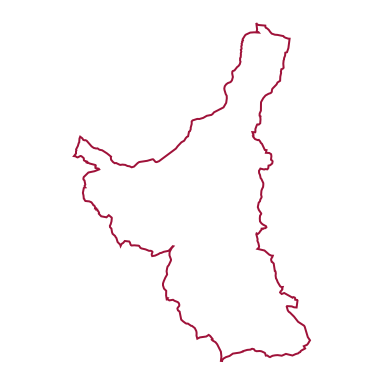 Valisoara, Hunedoara, Romania
{"feature_id": "2599482B24491913052778", "entity_name": "Valisoara", "entity_type": "district", "adm_level": 2, "iso_a3": "ROU", "parent_name": "Romania", "parent_adm1": "Hunedoara", "projection": "mercator", "projection_center": [22.814, 46.034], "detail": "fine", "context": "isolated", "style": "outline", "palette": "rose", "viewbox_px": 384, "rotation_deg": 0, "n_neighbors": 0, "source": "geoboundaries", "source_scale": "gbopen_adm2", "svg_char_len": 5963}
<svg xmlns="http://www.w3.org/2000/svg" viewBox="0 0 384 384"><path d="M166.9,300.4L167.0,298.0L167.5,298.1L167.3,298.3L167.9,299.4L169.3,300.4L173.0,299.8L174.5,300.8L177.8,302.1L178.9,303.3L179.3,304.8L179.2,305.9L177.7,307.8L177.4,308.7L178.0,310.4L179.6,311.6L181.2,319.6L182.9,321.2L185.7,323.3L186.6,323.6L187.9,323.6L191.1,325.8L192.0,325.9L194.8,328.1L196.3,331.1L196.6,332.9L196.5,335.7L197.3,338.7L199.9,337.4L206.3,336.5L208.7,334.9L210.2,336.0L212.6,339.0L211.8,339.7L212.6,340.5L215.5,342.2L217.2,344.3L220.9,351.7L221.4,356.6L220.9,360.9L222.1,361.0L222.2,360.1L223.6,358.5L226.0,357.1L229.5,356.0L232.9,353.6L239.7,352.6L242.5,351.7L242.4,351.5L242.9,351.2L247.2,349.9L250.7,349.6L251.4,349.0L252.2,348.8L253.9,349.2L254.9,350.6L256.6,351.2L259.8,351.0L261.5,351.3L264.7,352.8L265.1,353.3L265.8,355.6L267.4,355.5L268.6,356.5L270.0,357.1L272.5,355.8L275.1,355.3L277.6,355.1L281.8,355.7L285.9,353.9L292.5,355.5L295.6,354.1L298.3,353.3L299.2,352.4L300.2,352.1L300.6,351.2L301.6,350.4L305.1,348.5L303.8,346.2L307.0,344.8L307.9,343.8L310.0,340.3L307.8,337.1L304.7,326.7L304.1,325.7L298.1,321.8L294.1,316.7L289.9,312.5L288.8,311.8L287.8,310.4L286.7,306.6L287.1,306.1L291.8,306.4L294.0,307.3L296.6,307.5L297.5,300.5L297.2,300.0L295.2,299.7L295.1,298.1L294.6,297.5L293.2,297.1L292.6,297.7L284.2,293.0L281.7,294.0L280.1,292.5L280.5,291.5L281.7,290.3L282.4,289.1L282.1,288.8L282.7,287.0L281.5,287.1L280.2,286.3L277.7,282.1L276.7,279.5L276.0,278.4L275.6,275.6L275.8,273.6L275.6,271.9L275.2,270.9L274.8,270.9L273.7,263.5L272.0,261.8L271.7,261.8L271.1,259.9L271.3,258.6L272.3,257.1L272.8,255.7L271.4,255.6L269.3,254.7L264.5,250.5L257.5,248.9L258.8,247.6L259.1,246.4L258.4,243.2L257.4,240.8L257.6,239.1L256.3,234.2L256.6,233.4L257.8,234.0L259.3,232.7L260.2,231.2L261.3,230.1L261.6,228.7L262.8,228.9L262.9,228.5L265.5,228.1L266.4,227.2L266.0,226.2L262.9,224.5L261.4,223.3L260.0,221.4L259.8,218.4L260.0,216.1L260.1,215.6L261.2,213.9L261.2,213.4L258.8,209.9L257.8,207.1L258.7,202.7L260.0,201.2L260.3,199.6L261.5,197.5L261.6,196.7L261.1,194.8L261.4,190.9L261.8,189.6L263.1,186.9L263.3,184.8L263.3,183.1L261.5,179.2L260.6,178.0L260.0,175.0L259.1,173.0L259.0,170.8L260.4,168.6L264.1,169.5L265.2,169.1L267.4,169.3L268.3,168.0L268.5,165.6L270.2,165.2L272.2,163.5L272.6,161.5L272.3,160.7L271.0,159.7L271.4,156.2L271.1,154.2L269.3,153.0L265.9,152.8L266.5,150.1L264.8,149.9L262.0,143.9L260.7,142.7L260.2,141.5L258.8,139.9L257.7,140.1L255.1,139.1L253.4,137.1L253.0,136.1L253.5,136.0L253.4,134.3L253.1,134.2L252.4,132.1L255.2,132.3L255.4,131.9L255.4,129.0L256.8,125.2L257.3,124.4L258.7,124.6L260.2,123.3L260.5,119.4L260.3,117.0L260.4,116.8L260.2,116.7L260.3,116.1L259.6,115.7L259.6,114.8L259.7,113.4L260.9,110.7L261.0,102.6L261.2,101.8L263.3,98.1L265.5,95.5L268.5,93.8L270.6,93.1L271.5,92.3L271.8,91.7L271.9,90.2L272.4,88.7L276.5,84.5L277.5,82.5L280.1,80.8L280.3,76.6L281.1,72.9L280.9,71.3L281.2,70.6L281.2,70.0L281.3,69.3L282.8,68.7L283.6,67.8L283.3,63.7L283.6,60.5L284.0,59.5L284.1,58.1L285.1,55.6L285.3,52.7L287.0,52.2L288.4,48.1L289.6,38.7L288.1,38.6L285.4,37.7L284.1,37.0L283.4,36.1L277.5,34.9L274.9,34.7L271.7,33.6L270.1,31.8L268.8,29.9L267.1,28.4L265.9,27.8L265.5,27.3L265.3,25.6L258.5,25.0L257.1,24.3L256.3,23.0L257.1,29.5L256.7,31.2L257.4,31.9L258.4,32.1L258.8,32.6L254.4,32.3L250.2,32.6L245.9,34.6L245.1,35.3L242.6,39.3L243.0,40.4L242.1,41.3L242.1,41.6L242.4,42.0L241.6,43.7L241.9,44.9L241.3,46.3L241.6,48.8L240.8,49.9L241.3,51.5L240.8,53.3L240.9,54.5L240.7,57.2L240.1,58.2L240.1,60.7L240.5,61.7L239.7,64.4L238.5,66.0L237.1,67.1L234.5,70.4L232.7,71.1L232.3,71.8L232.2,73.6L232.9,77.0L232.0,80.2L231.5,81.0L230.5,82.1L227.8,83.1L226.1,84.4L224.8,86.2L224.3,88.4L224.5,90.0L225.7,94.0L226.7,95.8L226.8,98.4L226.2,102.8L223.5,107.4L214.0,112.3L212.6,114.0L211.4,114.9L206.8,115.8L203.2,117.9L199.4,119.0L197.3,118.9L192.6,120.4L191.7,121.4L191.7,124.0L190.7,127.7L190.7,129.2L189.9,131.2L189.0,131.7L188.1,136.3L186.9,136.9L185.7,138.2L184.2,140.7L181.4,142.3L177.7,146.2L175.9,148.6L159.0,161.2L156.7,162.1L155.5,161.9L153.3,159.4L152.4,159.3L147.3,160.8L140.0,161.9L139.1,162.1L137.6,163.1L134.0,166.6L131.7,167.3L129.6,166.3L127.5,166.0L125.2,164.9L122.4,164.6L120.5,164.9L119.6,164.7L116.1,163.0L114.7,163.2L113.0,162.0L111.1,159.7L110.8,157.7L111.1,156.7L107.0,153.4L102.2,150.3L99.4,149.7L97.6,148.4L96.1,148.5L93.7,147.9L91.6,146.4L86.7,140.8L85.6,140.2L84.5,140.3L83.3,139.9L82.3,138.3L80.2,136.7L79.5,138.5L79.2,142.4L78.7,143.1L77.9,145.9L76.1,149.4L76.4,150.4L76.0,151.2L76.0,153.5L74.0,156.1L75.6,156.3L76.7,157.1L77.7,157.4L80.4,156.0L81.4,156.2L83.6,158.0L83.8,158.4L83.9,160.2L84.4,160.7L87.3,161.7L87.4,162.1L86.8,162.6L87.7,163.0L88.4,162.9L89.6,163.5L95.3,165.0L95.7,165.3L95.8,166.0L95.3,166.7L95.5,168.0L98.7,168.7L99.2,169.4L94.6,171.2L88.4,172.5L83.8,177.0L83.4,178.3L83.5,179.5L84.5,180.5L85.3,184.7L84.6,185.8L84.7,186.8L85.2,187.4L84.3,187.5L83.8,188.0L82.9,192.9L83.5,195.5L83.8,198.7L84.3,199.0L84.9,200.5L85.5,201.0L89.3,201.4L91.4,202.3L92.7,204.0L93.3,205.1L94.3,205.6L95.2,207.4L95.0,208.4L96.1,208.4L96.1,209.5L97.3,209.5L97.5,210.6L98.2,211.1L98.9,212.4L99.1,213.0L98.8,213.7L101.2,216.3L106.5,217.3L108.8,215.2L111.7,217.6L111.8,218.1L111.5,221.3L110.6,224.5L109.9,225.7L110.0,227.1L111.4,228.6L112.0,232.1L112.6,233.8L115.1,236.0L115.7,237.2L116.4,238.0L117.6,242.0L120.2,244.7L120.6,246.0L121.6,243.9L123.2,242.9L124.8,241.0L129.2,241.5L129.9,242.5L130.5,244.4L131.0,245.2L131.6,245.5L134.3,245.3L138.7,245.7L139.1,245.9L140.4,247.8L141.4,248.4L145.6,249.4L149.0,250.8L150.8,250.8L152.0,251.3L152.5,252.0L151.7,254.1L151.9,255.5L152.2,256.1L155.1,255.6L158.4,254.1L160.0,253.1L161.3,252.9L163.8,251.8L168.2,250.9L169.4,250.1L172.8,246.2L173.3,246.3L171.6,248.2L169.8,251.6L169.5,253.2L169.5,255.4L171.0,259.5L170.9,260.6L168.7,265.3L167.6,266.5L167.1,268.3L166.6,271.2L167.1,274.5L165.3,277.7L163.8,281.1L163.0,283.5L163.0,285.4L164.0,288.6L166.2,290.8L166.1,295.5L166.9,300.4Z" fill="none" stroke="#9f1239" stroke-width="2"/></svg>